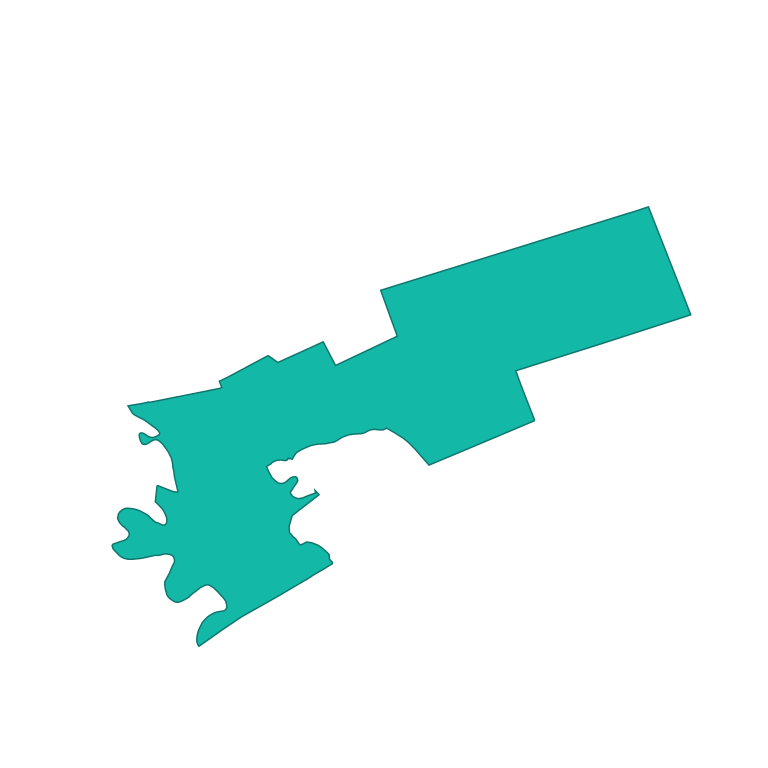 the district of Sarateni, Ialomita, Romania, rotated 47°
{"feature_id": "2599482B52880739545747", "entity_name": "Sarateni", "entity_type": "district", "adm_level": 2, "iso_a3": "ROU", "parent_name": "Romania", "parent_adm1": "Ialomita", "projection": "natural_earth1", "projection_center": [26.94, 44.652], "detail": "fine", "context": "isolated", "style": "filled", "palette": "teal", "viewbox_px": 768, "rotation_deg": 47, "n_neighbors": 0, "source": "geoboundaries", "source_scale": "gbopen_adm2", "svg_char_len": 5374}
<svg xmlns="http://www.w3.org/2000/svg" viewBox="0 0 768 768"><g transform="rotate(47 384 384)"><path d="M434.8,69.8L426.4,87.9L426.2,88.0L384.5,174.5L342.8,261.0L313.2,322.5L358.1,341.7L337.4,406.8L311.7,399.7L295.9,446.9L292.5,447.7L289.1,448.2L286.8,448.8L284.2,449.5L279.7,466.2L272.2,494.5L269.7,502.5L275.4,504.8L276.0,504.9L276.0,505.2L275.0,507.4L237.6,567.9L237.2,568.1L236.8,568.2L233.1,574.5L225.4,586.1L226.2,586.3L232.5,587.6L234.3,587.9L236.6,587.5L241.9,585.7L246.4,584.0L251.5,582.9L256.6,582.0L260.6,581.2L263.4,580.9L265.0,581.1L266.9,581.5L267.4,581.9L267.6,582.3L267.7,583.1L267.4,584.4L267.1,586.1L266.6,587.3L266.1,588.6L265.4,589.6L264.6,590.5L263.0,591.5L261.3,592.2L259.4,592.7L257.5,593.1L256.5,593.4L256.4,593.5L255.4,593.9L254.4,594.7L253.9,595.3L253.7,596.0L253.7,596.7L253.9,597.2L254.2,597.6L254.8,598.2L255.9,598.9L256.2,599.2L257.1,599.7L258.1,600.2L258.2,600.3L259.3,600.8L261.2,601.3L262.2,601.5L263.0,601.6L264.0,601.0L265.0,600.2L265.8,599.1L266.3,597.7L266.6,596.3L266.8,595.1L267.5,591.8L268.0,590.4L269.0,588.9L270.3,588.0L271.4,587.5L272.8,587.2L274.8,587.0L276.1,586.9L278.3,586.9L280.6,587.3L281.5,587.3L285.8,588.0L288.0,588.5L291.4,589.5L293.2,590.1L295.0,591.1L296.9,592.2L298.2,593.0L299.1,593.8L302.0,595.9L303.9,596.7L306.4,598.7L308.9,600.5L321.5,607.7L322.3,608.7L319.7,611.0L317.0,612.6L304.2,618.6L303.9,619.7L314.2,631.6L317.8,631.3L324.2,631.3L325.4,631.5L326.9,631.8L329.8,632.7L332.4,633.6L334.5,634.8L336.4,636.5L337.0,637.5L337.7,639.1L337.6,640.6L336.0,642.2L335.2,642.5L333.9,643.1L332.7,643.5L331.5,644.0L330.2,644.9L329.2,645.2L328.3,645.6L327.2,645.7L326.1,645.8L323.7,646.0L321.4,646.1L319.1,646.2L316.5,646.9L309.6,649.3L307.1,650.7L304.6,652.3L303.5,653.2L302.5,654.0L299.9,656.3L298.2,658.6L297.5,661.2L297.3,664.2L298.0,667.0L300.6,670.5L304.8,671.9L309.6,672.0L312.6,671.4L314.9,671.5L316.1,671.4L317.2,671.3L319.4,672.1L321.1,673.9L321.7,676.5L321.8,678.8L320.7,681.8L319.1,684.9L318.6,686.0L318.0,687.7L317.3,689.1L316.6,690.6L316.3,691.7L316.6,692.5L316.9,693.2L320.0,694.6L323.4,694.6L326.9,694.5L328.4,694.6L331.4,694.1L334.2,693.0L337.1,691.1L339.1,689.2L341.0,687.0L342.9,684.5L345.5,681.1L347.3,678.3L349.3,674.9L351.9,670.5L353.3,668.1L355.5,665.9L356.7,663.9L357.7,662.0L359.0,659.9L360.8,658.2L362.9,656.7L365.1,655.8L366.4,655.8L368.6,656.5L370.4,657.7L371.4,658.9L373.3,664.1L376.1,670.2L377.2,673.6L379.1,679.0L380.9,681.0L383.7,683.0L386.2,684.6L388.5,685.7L390.9,686.8L394.3,687.1L397.3,686.5L400.6,685.6L402.8,684.1L403.8,682.5L404.8,680.0L405.8,676.6L406.7,672.7L406.7,669.4L406.8,666.0L407.2,663.3L407.7,657.3L408.7,653.5L409.5,651.5L410.3,650.3L411.2,649.5L412.3,648.8L416.4,647.7L419.9,647.4L425.1,647.3L428.2,647.4L431.5,647.4L433.2,647.6L434.9,647.9L436.7,648.8L438.6,650.0L440.7,652.0L441.1,654.4L440.6,656.0L439.3,657.8L437.0,661.4L435.6,664.3L434.5,668.5L434.0,672.3L434.2,676.6L434.5,679.4L435.5,682.2L436.7,685.2L437.8,687.9L439.2,690.1L440.6,692.3L442.5,694.5L444.4,696.2L446.5,697.5L448.0,698.0L449.6,698.2L453.5,669.9L457.1,647.1L467.0,606.0L474.7,571.2L475.5,566.3L475.5,566.1L475.6,565.7L475.9,564.4L477.1,559.1L478.3,553.9L479.0,550.3L479.8,546.7L480.0,545.4L480.2,544.5L480.1,544.2L479.8,543.8L479.6,543.6L479.2,543.4L478.9,543.3L478.3,543.3L477.5,543.3L476.2,543.3L475.7,543.3L475.1,543.3L474.6,543.1L474.1,542.7L473.0,541.7L472.1,541.1L471.7,540.9L471.4,540.8L471.1,540.4L467.1,540.6L461.7,541.1L456.9,542.2L450.9,545.1L446.9,548.2L445.0,554.5L444.2,555.0L442.4,555.1L441.8,554.9L440.9,554.8L440.3,554.7L439.7,554.6L439.4,554.5L439.0,554.5L438.4,554.4L437.7,554.3L436.6,554.2L436.0,554.3L435.3,554.4L434.5,554.5L433.1,554.7L431.4,554.5L430.5,554.4L429.2,554.5L428.6,554.5L428.2,554.4L427.8,554.2L427.1,553.6L426.8,553.3L425.9,552.5L425.2,552.0L424.4,551.4L423.2,550.1L422.6,549.2L419.9,544.7L417.7,541.0L418.4,532.2L420.7,507.1L419.7,507.0L417.3,507.0L414.8,507.0L417.1,508.5L415.3,512.4L413.6,516.3L411.9,521.2L409.5,524.8L406.5,526.7L403.4,527.4L399.5,526.8L397.8,520.1L396.8,515.4L396.3,514.1L395.8,512.9L393.6,511.7L391.9,511.7L390.2,513.3L389.0,516.2L388.9,517.9L388.8,519.6L388.7,522.5L388.3,524.6L387.7,525.6L387.1,526.6L384.3,529.0L382.6,529.2L380.9,529.5L378.5,529.6L376.1,529.8L374.0,529.2L371.9,528.7L370.6,528.4L369.3,528.0L366.8,527.2L364.2,526.1L365.3,521.2L365.3,520.8L365.3,520.4L365.2,519.9L365.1,519.4L365.1,519.1L365.2,518.7L365.4,518.3L365.5,517.8L365.6,517.5L365.6,517.2L365.9,516.7L365.9,516.4L366.4,515.3L367.0,514.2L367.6,513.5L368.5,512.1L369.2,511.2L370.3,510.4L371.5,509.5L372.2,508.9L373.0,508.0L373.5,506.7L373.4,506.0L373.2,505.4L372.9,505.1L373.9,504.4L373.7,504.1L376.4,502.4L376.2,501.8L375.6,499.8L375.2,498.4L374.9,496.9L374.6,495.4L374.6,494.0L374.9,492.9L375.6,489.4L376.2,487.6L376.8,485.8L377.2,484.5L377.7,483.2L379.0,479.8L380.3,477.4L381.3,475.8L382.4,474.1L383.6,472.4L384.6,471.4L386.5,469.1L388.3,466.8L390.3,463.3L392.1,460.7L392.9,458.7L393.5,456.2L393.8,454.0L394.7,450.2L397.1,444.5L399.8,440.6L405.4,433.7L406.7,430.6L407.5,427.3L408.4,425.0L411.0,421.5L413.2,419.8L416.8,416.2L417.8,413.6L418.0,412.2L427.2,409.4L432.5,408.0L436.8,406.9L439.5,406.5L442.3,406.1L446.0,405.8L449.4,405.8L453.2,405.7L474.0,406.4L480.2,389.6L491.5,359.0L502.4,329.3L513.3,299.5L513.4,299.1L512.9,298.4L511.4,297.8L478.7,284.8L464.2,278.6L503.8,195.4L542.6,112.4L434.8,69.8Z" fill="#14b8a6" stroke="#0f766e" stroke-width="1.5"/></g></svg>